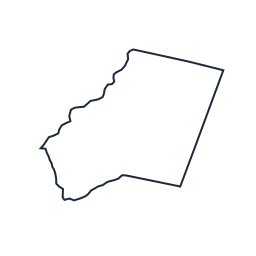 the district of Coxixola, Paraíba, Brazil, rotated 114°
{"feature_id": "56859067B62498871364727", "entity_name": "Coxixola", "entity_type": "district", "adm_level": 2, "iso_a3": "BRA", "parent_name": "Brazil", "parent_adm1": "Paraíba", "projection": "mercator", "projection_center": [-36.609, -7.651], "detail": "fine", "context": "isolated", "style": "outline", "palette": "slate", "viewbox_px": 256, "rotation_deg": 114, "n_neighbors": 0, "source": "geoboundaries", "source_scale": "gbopen_adm2", "svg_char_len": 986}
<svg xmlns="http://www.w3.org/2000/svg" viewBox="0 0 256 256"><g transform="rotate(114 128 128)"><path d="M172.1,110.4L160.2,56.5L118.9,59.0L36.5,64.4L37.2,68.6L42.7,99.8L54.1,155.1L57.0,157.7L60.3,158.6L65.0,155.9L72.6,156.1L77.5,157.7L81.9,161.3L84.8,162.8L88.3,161.6L91.3,159.4L94.5,160.6L96.6,164.1L102.0,165.1L106.6,163.9L110.1,163.8L113.9,166.8L116.4,170.3L118.5,173.3L122.9,175.2L126.5,176.9L129.0,181.4L131.3,185.1L134.6,187.6L141.0,186.5L145.2,183.4L148.4,186.3L152.5,189.6L157.5,190.2L161.3,189.5L165.2,192.8L168.5,196.5L173.2,197.4L177.5,198.1L182.0,199.5L180.5,194.9L183.6,192.1L186.6,188.6L188.9,186.6L191.5,183.3L194.4,181.1L196.1,178.6L199.2,175.9L203.7,172.9L208.0,170.9L209.4,167.3L210.2,162.6L214.4,160.9L218.0,159.4L219.5,156.8L216.2,152.7L216.1,147.9L211.5,142.7L207.5,139.0L204.3,137.4L200.1,136.3L197.0,134.0L193.5,131.5L190.4,127.8L186.2,125.3L183.6,122.6L181.6,119.8L178.3,116.3L173.6,114.2L172.1,110.4Z" fill="none" stroke="#1e293b" stroke-width="2"/></g></svg>